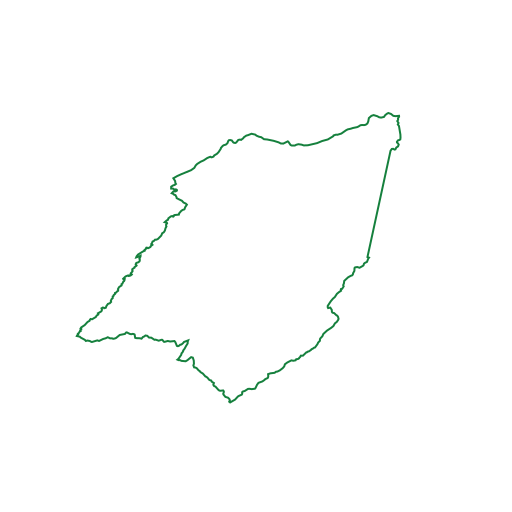 Capital, Catamarca, Argentina, rotated 239°
{"feature_id": "61730980B81007798348630", "entity_name": "Capital", "entity_type": "district", "adm_level": 2, "iso_a3": "ARG", "parent_name": "Argentina", "parent_adm1": "Catamarca", "projection": "equal_earth", "projection_center": [-65.833, -28.409], "detail": "fine", "context": "isolated", "style": "outline", "palette": "green", "viewbox_px": 512, "rotation_deg": 239, "n_neighbors": 0, "source": "geoboundaries", "source_scale": "gbopen_adm2", "svg_char_len": 6116}
<svg xmlns="http://www.w3.org/2000/svg" viewBox="0 0 512 512"><g transform="rotate(239 256 256)"><path d="M366.1,281.1L364.3,277.4L363.7,275.1L363.7,271.9L363.1,270.9L363.2,269.7L363.6,268.5L364.5,268.1L364.7,267.4L365.1,264.7L364.9,260.4L365.3,257.2L365.2,253.1L364.7,251.0L363.3,248.5L363.0,244.5L364.6,234.0L365.1,229.7L365.2,225.2L362.0,225.3L359.8,224.4L359.0,224.5L358.8,223.0L359.2,221.3L359.1,219.0L357.5,218.0L356.5,219.6L355.2,220.1L354.3,221.7L353.5,222.2L352.8,221.9L352.8,220.3L353.9,218.5L353.2,216.1L351.8,217.1L350.8,217.3L349.7,218.3L347.5,218.2L346.4,217.8L341.4,221.0L339.2,221.4L337.1,222.8L335.6,223.2L334.3,220.4L333.0,218.9L332.9,218.4L333.3,216.8L333.1,214.9L332.1,212.0L331.2,211.2L333.0,207.4L333.1,206.7L332.4,205.9L332.4,205.2L333.4,204.8L333.8,203.4L333.4,200.2L332.4,199.3L332.5,197.8L332.0,195.2L330.4,196.7L329.8,196.6L329.3,195.2L328.0,194.4L327.4,194.4L326.4,192.7L324.8,191.1L324.0,189.6L323.8,188.9L323.8,187.3L322.3,185.3L321.1,180.6L321.3,179.0L322.0,177.9L321.5,176.3L321.7,174.8L320.7,173.6L320.2,172.4L318.9,172.9L318.7,171.0L318.1,170.1L318.2,167.7L318.7,167.0L319.4,166.8L319.6,166.2L318.6,164.9L318.5,164.4L318.7,164.0L318.4,163.1L317.9,163.1L318.1,161.4L318.0,155.6L317.2,153.5L316.5,152.6L315.8,155.5L315.7,157.2L315.0,156.7L313.7,154.6L313.1,154.7L311.8,153.9L311.4,153.3L311.2,151.9L311.7,149.9L310.9,148.6L309.4,148.8L309.2,148.4L309.2,147.1L309.0,146.1L308.6,145.9L308.4,143.2L307.7,142.6L306.9,142.6L306.4,142.2L305.7,139.8L305.1,139.1L304.7,139.9L304.1,140.0L303.9,138.5L304.1,137.5L304.5,136.5L305.2,136.4L305.6,134.3L305.6,133.3L304.9,130.4L304.4,130.4L303.8,131.5L302.8,130.6L302.4,129.9L302.4,129.1L301.1,127.2L301.1,126.2L300.0,125.6L299.9,122.9L299.7,122.3L298.7,120.6L298.0,120.5L297.2,119.9L297.2,118.7L296.7,117.3L296.9,116.1L296.1,115.7L295.8,113.9L295.1,113.2L295.1,112.3L293.7,111.5L293.4,110.0L292.3,108.4L291.3,108.2L290.8,106.3L291.2,104.4L290.1,101.9L289.0,100.6L289.4,99.0L289.9,99.0L290.7,98.2L290.7,96.6L289.3,96.3L288.5,95.5L288.2,94.6L288.3,91.0L287.4,91.0L287.1,90.7L287.0,88.7L286.2,87.3L286.2,82.9L287.2,81.8L286.9,80.8L286.2,80.0L286.2,77.6L285.0,73.6L284.8,69.4L284.2,68.3L283.5,68.7L283.0,68.4L283.1,67.6L282.8,67.0L282.0,67.0L282.0,65.8L281.3,64.7L281.1,63.3L280.4,63.2L280.1,61.8L279.7,61.2L277.6,63.4L276.4,63.7L272.3,66.1L270.8,66.4L270.4,67.9L268.8,69.7L267.1,70.7L266.7,71.4L265.4,76.5L264.0,77.7L263.6,82.3L262.9,84.7L262.7,87.1L260.6,88.5L259.6,90.2L258.6,90.9L258.0,92.5L257.8,93.9L258.5,98.5L256.7,103.5L257.3,105.1L257.1,105.9L254.1,107.8L253.2,108.8L252.8,110.1L252.1,111.0L251.2,111.5L248.1,110.3L247.3,111.0L245.3,114.1L244.1,115.3L244.8,117.3L244.6,118.8L244.8,120.3L243.6,121.7L241.2,122.3L239.9,124.2L236.5,125.8L236.0,126.9L233.5,129.0L232.9,131.7L232.4,132.5L229.9,132.9L229.5,133.4L228.6,136.6L226.9,138.4L225.1,142.3L223.8,142.5L219.7,141.9L218.9,142.6L218.7,143.8L219.0,145.4L218.6,146.3L218.6,147.0L218.9,148.7L219.4,150.0L218.6,154.4L217.8,153.4L216.2,152.3L214.9,149.7L213.3,147.0L212.5,144.9L212.1,144.7L211.3,143.4L210.9,142.0L209.8,141.0L207.8,136.6L207.6,135.3L206.7,135.9L205.9,137.2L204.5,138.1L202.0,141.5L202.0,143.5L202.7,148.3L201.4,149.5L198.4,148.8L195.6,147.3L194.5,146.0L192.4,145.6L191.5,146.7L190.4,147.4L187.5,147.9L186.3,148.5L185.1,148.6L182.6,149.9L178.7,150.6L178.1,151.2L176.7,151.7L173.7,152.2L172.3,153.5L171.1,153.3L168.8,154.5L167.6,153.1L166.2,153.1L164.9,154.0L160.7,154.8L159.5,155.3L158.8,156.1L157.7,158.6L157.1,158.7L156.1,158.5L154.7,156.9L153.8,156.8L151.0,157.2L149.0,159.0L147.2,159.5L145.8,159.3L144.9,158.0L143.8,158.4L143.7,164.1L144.9,168.2L144.9,169.2L144.5,172.4L145.0,173.2L146.4,174.0L146.6,175.2L146.1,176.7L146.2,180.7L145.4,182.2L144.1,183.7L142.8,186.7L143.1,187.6L145.1,190.6L146.0,192.8L145.2,196.9L145.4,199.6L145.7,200.4L145.4,203.1L145.6,203.6L146.6,204.6L148.5,205.5L148.0,207.9L146.3,211.8L146.5,213.5L145.9,214.9L145.7,217.5L146.1,221.1L146.8,223.3L148.3,225.0L148.6,228.0L148.3,232.6L147.0,234.0L146.2,236.2L146.8,237.3L146.1,238.9L146.1,240.2L146.5,240.7L146.7,241.9L147.5,243.1L146.4,244.9L147.5,249.6L147.2,250.1L147.4,251.0L147.0,252.2L147.2,255.0L147.5,255.6L147.3,256.8L147.5,258.4L147.2,259.5L148.8,263.3L149.8,264.7L150.4,267.1L151.8,268.0L152.3,268.9L153.0,271.5L154.5,273.6L155.5,278.5L155.7,283.5L156.1,286.3L157.6,288.9L157.9,291.3L158.9,293.5L159.6,294.4L161.7,295.0L163.1,294.9L163.8,294.4L166.8,293.6L168.0,292.4L169.0,292.3L170.8,293.2L173.5,293.1L174.2,291.0L175.2,291.1L176.3,291.8L178.7,296.8L179.8,300.0L180.2,302.4L181.9,305.9L182.3,308.5L182.4,311.0L183.3,311.2L183.9,311.8L183.5,312.9L184.8,315.5L186.1,315.7L187.2,317.2L189.2,318.8L190.3,324.0L190.2,327.1L189.9,328.2L190.0,328.9L190.6,329.9L191.2,330.3L192.6,332.7L194.9,334.2L195.1,334.6L195.2,335.1L194.4,337.1L192.6,338.7L192.5,342.5L192.6,343.3L193.8,344.6L194.0,345.7L193.8,348.1L195.9,350.8L196.4,352.0L197.7,351.0L276.9,425.5L277.8,427.5L277.7,427.9L277.2,428.8L275.9,429.5L275.6,430.4L276.7,432.1L276.8,434.2L278.0,435.7L279.5,435.7L280.7,435.3L281.3,435.6L282.0,437.4L281.6,438.6L281.6,439.7L283.0,440.8L285.7,442.3L293.8,445.5L295.7,445.3L296.6,446.7L298.9,446.6L299.6,448.0L300.9,448.6L301.7,450.4L302.5,450.8L304.0,447.6L305.4,445.9L308.2,444.9L310.4,443.1L310.5,441.5L310.2,439.3L309.3,437.3L310.2,434.5L311.5,433.0L313.3,432.0L316.2,429.4L316.7,427.1L316.1,423.8L313.5,421.5L312.2,419.7L312.0,417.7L312.4,416.3L313.7,414.3L314.3,412.8L314.2,410.5L314.4,409.0L315.8,405.0L316.3,402.8L317.3,399.8L317.4,397.9L317.0,392.2L318.0,388.2L318.8,387.1L319.4,384.6L318.9,383.9L318.9,377.6L320.5,371.9L321.3,366.5L324.2,357.5L326.2,353.9L327.9,352.5L330.0,349.9L330.6,347.8L330.7,346.1L332.2,343.6L333.3,342.8L336.9,342.6L337.9,342.3L338.3,337.3L339.7,335.2L341.8,333.9L345.6,330.5L350.1,325.6L352.0,323.0L355.1,321.7L356.7,320.0L358.9,318.4L360.4,317.9L363.1,315.1L363.7,311.4L364.2,309.7L364.0,306.7L363.5,305.7L363.2,303.0L364.0,302.3L364.6,300.6L363.5,297.6L363.5,296.6L364.3,295.5L365.2,295.0L367.5,294.8L368.7,293.6L369.2,292.4L368.9,291.5L367.4,289.6L367.0,287.5L367.6,285.3L367.5,284.1L366.7,281.6L366.1,281.1Z" fill="none" stroke="#15803d" stroke-width="2"/></g></svg>